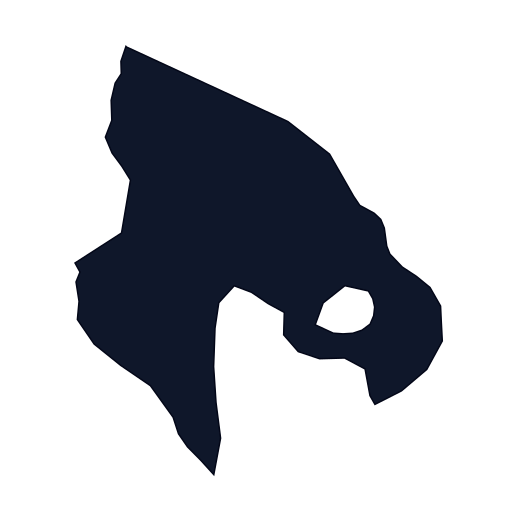 the District of Gədəbəy, rotated 177°
{"feature_id": "AZE-1678", "entity_name": "Gədəbəy", "entity_type": "District", "adm_level": 1, "iso_a3": "AZE", "parent_name": "Azerbaijan", "parent_adm1": "", "projection": "robinson", "projection_center": [45.628, 40.56], "detail": "fine", "context": "isolated", "style": "filled", "palette": "ink", "viewbox_px": 512, "rotation_deg": 177, "n_neighbors": 0, "source": "natural_earth", "source_scale": "10m", "svg_char_len": 1023}
<svg xmlns="http://www.w3.org/2000/svg" viewBox="0 0 512 512"><g transform="rotate(177 256 256)"><path d="M74.4,181.2L74.4,161.4L91.4,133.8L117.8,113.7L145.0,101.6L149.5,110.6L153.0,137.5L172.9,149.5L197.9,150.1L218.8,158.3L232.5,175.8L230.7,198.2L246.3,207.8L262.4,220.0L279.3,227.4L295.6,211.3L300.7,186.1L304.1,147.7L303.6,111.9L300.9,75.9L309.6,39.9L322.0,55.1L334.4,69.0L342.7,82.5L347.2,99.3L368.2,132.0L396.9,153.9L422.2,176.5L437.7,201.9L435.1,220.0L437.1,239.5L432.6,249.2L437.1,258.5L389.1,286.0L377.4,338.4L385.3,352.7L394.3,366.3L400.2,382.6L392.9,399.0L392.5,419.1L387.6,436.0L381.0,445.1L380.7,457.5L374.9,472.1L374.4,471.5L217.1,388.6L177.2,353.9L155.4,310.6L149.7,301.1L135.7,292.5L129.5,286.0L126.4,277.2L124.9,259.0L122.2,250.9L110.5,237.3L96.9,227.3L83.9,215.5L74.3,196.4L74.4,181.2ZM168.8,221.7L191.4,205.6L200.5,184.2L182.9,174.9L173.2,173.7L163.3,173.8L154.0,176.4L145.6,182.0L141.6,190.2L140.2,198.8L141.6,207.3L145.6,215.2L168.8,221.7Z" fill="#0f172a" stroke="#020617" stroke-width="1.5"/></g></svg>